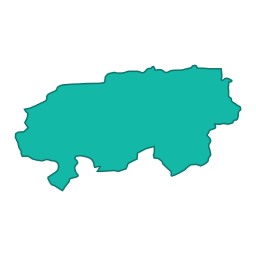 Lyelchytsy, Gomel, Belarus (Equal Earth projection)
{"feature_id": "67162791B62905803070856", "entity_name": "Lyelchytsy", "entity_type": "district", "adm_level": 2, "iso_a3": "BLR", "parent_name": "Belarus", "parent_adm1": "Gomel", "projection": "equal_earth", "projection_center": [28.18, 51.753], "detail": "fine", "context": "isolated", "style": "filled", "palette": "teal", "viewbox_px": 256, "rotation_deg": 0, "n_neighbors": 0, "source": "geoboundaries", "source_scale": "gbopen_adm2", "svg_char_len": 3653}
<svg xmlns="http://www.w3.org/2000/svg" viewBox="0 0 256 256"><path d="M200.6,165.9L201.2,165.6L203.2,164.8L204.5,164.0L205.6,163.4L206.6,162.6L207.5,161.6L208.1,160.9L208.2,160.1L208.4,159.1L208.8,157.6L209.6,156.5L210.6,155.3L210.6,153.8L210.3,152.5L210.0,151.1L209.7,149.7L209.3,148.4L208.7,146.6L208.7,145.4L209.2,143.7L210.0,142.8L210.5,141.6L210.6,140.4L210.3,139.7L209.9,138.4L209.2,137.6L207.8,136.3L207.1,135.3L207.4,134.3L208.3,133.1L209.0,131.4L210.0,130.2L211.6,129.5L212.7,129.1L214.3,128.6L215.1,128.1L215.6,127.1L215.5,125.9L214.7,125.0L214.7,123.9L215.9,124.0L218.2,124.3L219.9,124.4L221.2,123.9L223.4,123.5L225.7,123.8L228.3,124.2L229.8,123.7L231.5,123.3L232.9,122.6L233.2,121.3L234.3,120.2L236.4,120.0L237.6,118.8L237.7,117.9L237.9,117.2L238.3,115.3L238.3,114.2L238.4,112.7L238.8,111.4L239.5,110.5L240.6,109.9L240.6,108.3L240.0,106.6L238.5,106.0L236.7,104.9L235.1,103.6L233.3,102.6L231.9,101.6L231.5,100.5L231.2,98.8L230.7,97.8L229.3,97.1L228.6,96.4L228.6,94.7L228.6,90.9L228.2,87.8L228.6,84.7L228.9,82.0L229.8,82.0L231.6,81.5L231.8,80.5L229.5,79.1L226.8,78.2L224.8,78.6L224.0,79.5L222.1,80.5L221.1,79.4L221.6,78.0L221.9,76.1L221.2,68.8L218.3,68.8L215.7,68.8L213.0,68.8L209.3,68.8L205.6,68.4L202.0,68.2L199.6,68.2L197.8,68.1L196.7,67.6L196.7,66.2L195.2,65.4L193.0,65.7L192.3,66.2L191.4,67.6L188.6,68.4L185.2,69.2L182.8,69.9L180.9,70.1L178.1,70.2L175.0,70.2L172.6,70.4L170.8,70.8L169.4,71.3L168.1,72.1L166.3,72.5L164.7,72.2L163.9,71.6L162.9,70.6L161.1,69.8L159.2,69.7L157.6,69.7L156.1,70.2L154.8,69.9L154.7,68.3L153.5,66.6L152.3,66.8L151.0,68.4L150.0,68.4L148.5,68.6L147.3,69.1L146.0,70.4L145.3,71.2L143.7,72.5L142.1,72.8L140.1,72.0L137.8,71.4L137.6,71.3L135.1,71.3L133.0,71.3L130.3,71.3L128.0,71.4L126.2,72.0L124.6,72.6L122.0,73.1L119.6,73.1L116.7,73.1L115.1,72.5L114.0,72.5L110.4,73.2L107.8,74.1L106.4,75.5L105.4,76.8L105.1,78.6L104.9,80.9L104.4,82.4L102.8,82.9L100.9,83.2L98.3,83.4L95.2,83.4L90.4,83.5L84.4,83.6L79.5,84.0L72.3,84.2L66.8,84.6L63.2,84.9L61.4,85.3L59.6,86.0L57.4,87.3L57.2,88.3L56.2,90.4L54.1,91.5L51.7,92.5L50.2,93.3L48.1,94.4L46.8,96.3L46.8,98.1L46.3,100.3L44.4,101.6L40.5,103.4L36.4,105.4L32.9,106.9L29.7,108.3L24.5,109.3L25.7,111.4L28.0,113.6L27.4,116.9L26.5,119.4L24.8,122.7L26.2,124.9L28.2,127.6L26.2,129.6L23.9,131.8L20.2,132.0L17.9,132.3L15.7,133.8L15.4,137.4L17.9,142.7L19.0,147.6L21.0,151.0L21.3,153.9L22.3,156.4L22.9,156.3L27.7,156.2L29.2,156.8L32.4,158.9L37.0,160.1L41.0,160.7L42.9,160.7L46.0,159.6L48.1,159.6L51.0,160.6L52.9,160.8L53.8,160.8L55.9,161.6L57.5,162.8L58.5,164.9L58.5,167.5L57.8,169.9L56.1,171.9L53.3,173.7L50.4,175.7L48.0,177.3L48.2,179.1L50.2,182.7L51.5,184.6L54.4,185.6L56.7,187.0L60.3,189.3L62.4,190.6L63.5,189.4L64.8,186.9L66.4,185.1L67.2,183.9L69.0,181.8L69.3,180.7L69.4,179.2L71.3,178.2L73.8,177.7L76.5,176.9L77.9,176.2L78.1,175.1L76.9,173.7L75.5,171.5L75.0,169.8L74.7,167.7L75.5,165.4L76.4,164.6L77.6,163.2L77.5,161.9L76.8,160.6L74.7,158.7L75.1,157.6L76.4,156.1L80.0,155.7L83.3,156.1L86.6,156.9L89.7,158.0L91.2,159.1L92.6,160.6L93.3,161.9L93.8,162.8L93.9,164.3L94.1,165.2L94.4,166.6L94.8,167.3L95.2,167.3L97.4,166.7L98.4,166.5L100.2,166.7L99.6,167.9L98.9,168.8L98.1,170.4L97.4,171.3L99.4,171.4L104.5,171.1L108.6,170.9L113.7,170.5L118.7,171.3L123.2,169.7L126.0,168.9L127.2,166.0L128.0,163.6L131.0,161.9L134.2,160.3L137.0,159.1L137.2,156.4L137.5,153.0L146.3,148.5L154.3,146.4L154.3,148.9L154.3,152.4L153.5,154.8L154.0,157.9L158.3,158.5L162.0,161.3L162.8,163.8L166.3,167.2L168.8,169.5L171.1,171.5L171.3,173.5L171.1,175.2L171.8,176.0L174.8,175.0L179.6,172.7L184.6,169.9L187.6,167.0L190.6,164.8L196.1,164.4L199.6,165.4L200.6,165.9Z" fill="#14b8a6" stroke="#0f766e" stroke-width="1.5"/></svg>